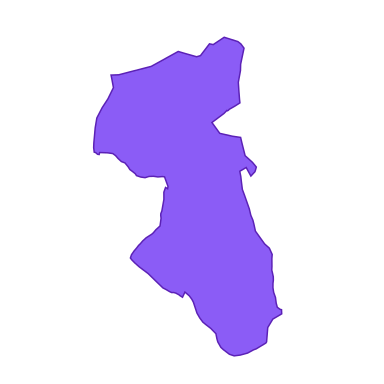 the district of Sabuwa, Katsina, Nigeria, rotated 7°
{"feature_id": "59680162B20254719160886", "entity_name": "Sabuwa", "entity_type": "district", "adm_level": 2, "iso_a3": "NGA", "parent_name": "Nigeria", "parent_adm1": "Katsina", "projection": "natural_earth1", "projection_center": [7.05, 11.346], "detail": "fine", "context": "isolated", "style": "filled", "palette": "violet", "viewbox_px": 384, "rotation_deg": 7, "n_neighbors": 0, "source": "geoboundaries", "source_scale": "gbopen_adm2", "svg_char_len": 2224}
<svg xmlns="http://www.w3.org/2000/svg" viewBox="0 0 384 384"><g transform="rotate(7 192 192)"><path d="M90.1,164.4L91.6,164.6L92.6,165.4L93.8,166.1L95.3,166.1L95.5,164.1L103.6,163.4L108.7,163.5L111.7,165.2L114.6,167.8L118.2,170.4L121.9,171.3L125.5,174.7L127.6,177.3L130.6,179.0L133.5,180.8L134.9,182.5L139.3,183.4L143.7,183.5L147.4,181.8L151.9,181.1L156.3,181.2L160.7,180.3L162.9,180.3L167.5,189.4L167.4,191.7L166.7,191.4L165.2,190.7L164.1,195.6L165.0,202.7L164.4,214.5L163.7,217.2L163.8,218.9L164.5,221.9L164.4,229.6L162.2,232.2L160.8,233.8L158.6,237.2L157.1,238.9L155.0,240.6L152.0,243.1L150.6,244.8L149.1,246.5L146.9,249.8L145.5,251.5L144.0,254.1L142.7,256.1L141.8,257.4L141.5,258.0L139.6,261.6L138.9,265.0L140.4,266.6L143.9,269.4L149.0,272.9L158.4,278.3L167.7,285.4L174.9,290.8L178.0,291.9L181.9,293.6L184.1,294.3L186.0,294.0L188.2,294.3L189.7,294.9L191.4,295.5L192.6,296.3L195.4,297.6L197.2,292.2L202.0,295.4L205.0,298.6L206.8,301.2L211.7,311.6L215.0,316.0L218.7,319.9L222.2,322.1L227.1,325.0L233.0,329.7L234.6,334.6L235.9,337.7L239.6,342.7L242.4,344.7L248.9,348.5L253.8,349.5L259.7,348.0L266.8,345.1L272.4,341.1L274.8,339.9L283.7,332.9L283.8,332.8L284.3,331.6L283.7,317.3L287.7,308.3L295.9,302.0L295.2,297.9L293.7,297.7L290.7,296.0L289.1,292.0L287.7,286.5L285.3,281.7L284.0,277.1L283.5,272.7L283.5,269.6L283.0,266.2L281.5,261.9L280.7,259.8L280.4,256.0L279.4,248.5L279.2,244.2L275.6,238.3L270.4,234.7L268.1,232.2L259.7,223.1L257.3,216.2L255.9,212.6L253.2,207.9L250.9,201.7L244.4,188.6L241.7,183.4L239.6,175.1L238.5,170.5L236.9,165.6L242.8,161.1L248.5,169.0L252.0,164.2L252.3,162.7L252.8,159.4L248.4,155.2L240.3,149.5L235.5,137.1L233.6,131.9L225.2,131.7L212.4,130.4L203.3,120.6L214.2,110.1L216.7,106.8L217.2,107.1L218.1,106.5L218.9,105.4L224.0,101.6L228.7,97.7L227.9,94.3L226.2,85.9L224.6,77.5L225.3,65.5L224.7,59.2L226.1,42.9L222.5,39.1L219.2,37.1L205.1,34.5L195.1,43.1L191.3,42.8L183.8,55.6L180.1,57.2L167.8,55.3L161.2,54.2L136.2,72.3L115.6,80.4L112.1,81.8L105.0,84.6L97.4,85.8L98.7,89.7L101.3,98.0L97.2,109.8L95.2,113.9L92.6,119.2L91.4,122.4L88.6,129.9L88.5,130.5L88.4,133.3L88.3,135.2L88.3,135.7L88.1,139.9L88.6,155.2L88.6,155.3L89.0,160.0L90.1,164.4Z" fill="#8b5cf6" stroke="#5b21b6" stroke-width="1.5"/></g></svg>